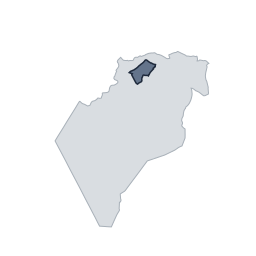 Bahr-Azoum, Salamat, Chad shown in context, rotated 212°
{"feature_id": "50815135B73615292321578", "entity_name": "Bahr-Azoum", "entity_type": "district", "adm_level": 2, "iso_a3": "TCD", "parent_name": "Chad", "parent_adm1": "Salamat", "projection": "natural_earth1", "projection_center": [20.375, 10.976], "detail": "fine", "context": "in_parent", "style": "filled", "palette": "slate", "viewbox_px": 256, "rotation_deg": 212, "n_neighbors": 0, "source": "geoboundaries", "source_scale": "gbopen_adm2", "svg_char_len": 5007}
<svg xmlns="http://www.w3.org/2000/svg" viewBox="0 0 256 256"><g transform="rotate(212 128 128)"><path d="M183.0,78.4L183.1,83.9L183.1,89.4L183.1,94.9L183.2,100.4L183.2,105.9L183.2,111.4L183.2,116.9L183.3,122.4L183.3,124.2L183.2,124.9L183.1,125.0L182.9,125.1L180.4,124.6L179.3,124.6L177.8,125.0L175.5,125.2L174.1,125.2L173.1,126.1L172.3,127.2L172.7,130.0L172.6,130.9L172.3,131.8L171.6,132.6L170.9,133.3L170.5,133.8L170.0,135.1L169.6,135.6L169.7,136.4L169.6,137.2L169.2,137.6L168.1,138.0L167.4,138.3L166.9,138.9L166.5,139.3L166.7,139.9L167.0,140.7L167.1,141.9L167.3,142.6L167.8,143.2L168.1,143.6L168.2,144.1L167.9,144.5L166.6,145.4L166.1,145.8L165.5,146.2L165.3,146.4L164.4,147.2L163.9,148.0L163.7,148.6L163.7,149.4L164.2,150.7L164.7,151.8L164.9,152.6L165.0,153.5L165.0,154.4L164.7,155.1L164.2,155.8L162.5,157.0L161.6,158.4L160.9,160.1L160.7,161.0L160.9,161.6L161.3,162.1L161.8,162.4L162.6,162.4L163.8,162.2L165.0,162.0L166.3,162.6L166.9,164.0L166.7,165.0L167.2,166.9L167.6,169.1L167.6,169.9L167.7,170.1L168.5,170.3L168.7,170.8L168.4,174.8L168.8,175.9L169.3,176.6L169.9,177.1L170.5,177.6L170.8,177.9L171.5,178.0L172.3,178.7L172.5,179.7L172.5,180.6L172.0,182.6L171.7,184.0L171.2,183.9L170.3,183.6L169.2,183.3L167.8,183.0L166.5,183.6L165.1,184.3L164.6,184.8L164.3,185.1L163.6,185.1L163.1,185.2L162.7,185.7L162.2,186.2L160.2,187.4L159.8,187.8L159.5,188.2L159.5,188.7L159.7,189.6L159.7,190.8L159.3,191.7L158.7,192.3L158.1,192.6L157.6,192.7L157.3,193.1L156.2,195.3L155.8,195.7L154.8,195.6L152.2,198.8L151.9,199.7L150.9,201.1L149.7,202.6L148.6,203.3L148.5,203.6L148.2,203.9L147.5,204.2L145.1,206.0L142.3,205.9L141.0,206.6L139.8,206.9L138.0,207.3L137.5,207.3L135.2,207.4L132.5,207.4L131.4,207.6L130.5,208.3L129.8,208.9L129.6,209.1L129.8,209.4L129.7,209.6L131.6,211.0L132.1,211.8L131.6,212.5L131.4,212.6L131.0,213.2L129.9,214.9L128.3,216.8L127.4,217.4L127.1,217.8L126.6,219.1L126.3,219.3L125.2,219.4L122.9,219.6L119.7,220.0L117.8,220.2L116.6,220.0L115.0,220.9L114.4,221.2L114.0,221.3L112.4,222.1L111.0,223.5L110.5,223.8L108.6,224.3L107.8,225.3L107.5,225.3L106.3,224.1L105.4,223.0L105.0,221.8L105.0,221.5L104.7,221.6L104.1,222.1L103.5,222.6L103.2,223.7L101.2,224.5L99.5,225.1L98.7,225.9L97.5,226.3L96.0,226.1L94.8,225.8L93.7,225.7L94.2,224.7L94.5,224.0L94.5,223.1L94.4,222.4L93.7,222.1L93.3,221.7L92.3,218.8L91.3,215.9L89.9,213.0L88.3,211.1L87.2,210.0L86.8,209.9L86.3,209.5L85.8,209.2L83.8,207.2L81.6,205.1L81.1,204.1L80.0,202.6L78.8,201.0L78.2,200.3L77.9,199.1L78.8,197.9L79.6,196.5L80.7,195.5L82.2,195.5L84.5,195.8L87.0,196.0L89.5,195.7L90.1,195.5L90.8,195.5L92.1,195.8L94.4,195.8L95.6,195.2L94.3,194.2L93.0,192.6L91.7,190.9L90.9,189.3L90.2,187.3L89.5,184.8L89.1,181.6L89.2,179.8L89.4,178.5L90.1,176.3L89.6,175.1L89.8,174.1L89.7,172.6L89.5,171.8L88.6,169.4L88.4,169.1L87.6,167.4L87.3,164.5L86.4,162.6L84.9,161.7L84.1,160.6L83.8,158.7L83.2,158.1L81.0,157.5L79.1,157.4L77.7,155.2L75.9,152.4L74.3,149.7L73.3,144.5L72.7,141.4L73.4,140.5L74.8,138.3L76.5,134.2L80.5,127.8L82.5,124.6L86.5,119.7L91.4,113.7L94.2,110.3L94.7,104.2L95.2,97.6L95.6,92.7L96.1,86.9L96.5,82.0L96.8,78.4L97.2,73.4L97.5,72.4L99.4,68.5L99.6,68.0L99.2,67.3L96.6,63.9L95.7,63.2L95.2,61.4L95.9,60.5L92.7,54.8L91.9,54.1L91.6,53.4L91.6,52.4L91.5,48.5L90.7,42.4L89.7,35.3L93.5,33.2L96.4,31.7L100.1,29.7L103.5,31.7L108.4,34.7L113.4,37.6L118.3,40.5L123.3,43.4L128.2,46.3L133.2,49.3L138.1,52.2L143.1,55.1L148.1,58.0L153.1,60.9L158.0,63.8L163.0,66.8L168.0,69.7L173.0,72.6L178.0,75.5L183.0,78.4Z" fill="#d9dde1" stroke="#a8b0b8" stroke-width="1"/><path d="M138.4,188.1L137.7,191.7L138.3,192.0L138.1,192.7L137.8,193.3L137.9,194.1L137.4,194.4L137.9,195.3L138.3,196.4L138.6,196.3L139.1,196.1L139.6,195.8L140.2,195.7L140.8,195.6L141.4,195.5L142.0,195.5L142.4,195.6L142.7,195.4L143.0,195.2L143.4,195.1L143.8,195.2L144.2,195.2L144.5,195.2L145.0,195.2L145.6,195.2L145.9,195.2L146.4,195.3L147.0,195.4L147.3,195.4L148.0,195.5L148.5,195.4L149.0,195.1L149.3,194.8L149.4,194.2L149.5,193.3L149.6,192.7L149.7,192.1L149.8,191.5L150.0,191.1L150.1,190.7L150.3,190.1L150.5,189.7L150.7,189.4L150.8,188.9L151.0,188.2L151.1,187.9L151.3,187.5L151.5,187.0L151.7,186.3L151.8,185.8L151.9,185.3L152.1,184.4L152.4,183.6L152.6,183.0L152.8,182.6L153.0,182.1L153.3,181.5L153.5,181.0L153.6,180.7L153.8,180.3L154.2,179.8L154.5,179.4L154.7,179.0L155.0,178.6L155.4,178.1L155.7,177.7L155.9,177.2L156.1,176.8L156.2,176.4L156.2,176.0L156.3,175.6L153.8,176.1L153.1,176.3L153.1,175.1L152.6,174.8L151.6,174.2L148.2,172.2L145.2,170.5L144.7,170.3L144.3,170.3L144.0,170.2L143.1,170.3L143.0,170.7L142.9,171.0L142.7,171.7L142.4,172.3L142.1,172.7L141.9,173.3L141.4,173.9L141.2,174.5L141.2,175.0L141.3,175.5L141.7,176.0L142.1,176.5L142.4,177.2L142.7,177.7L142.9,178.2L142.8,178.6L142.8,179.0L142.9,179.5L143.1,180.1L143.2,180.7L143.0,181.0L142.7,181.2L142.5,181.3L142.1,181.5L141.6,181.5L141.2,181.8L140.8,182.0L140.3,182.4L139.9,182.5L139.4,182.8L139.0,183.0L138.6,183.0L138.3,183.0L138.4,183.7L138.7,184.1L138.4,184.5L138.6,186.5L138.4,188.1Z" fill="#64748b" stroke="#1e293b" stroke-width="1.5"/></g></svg>